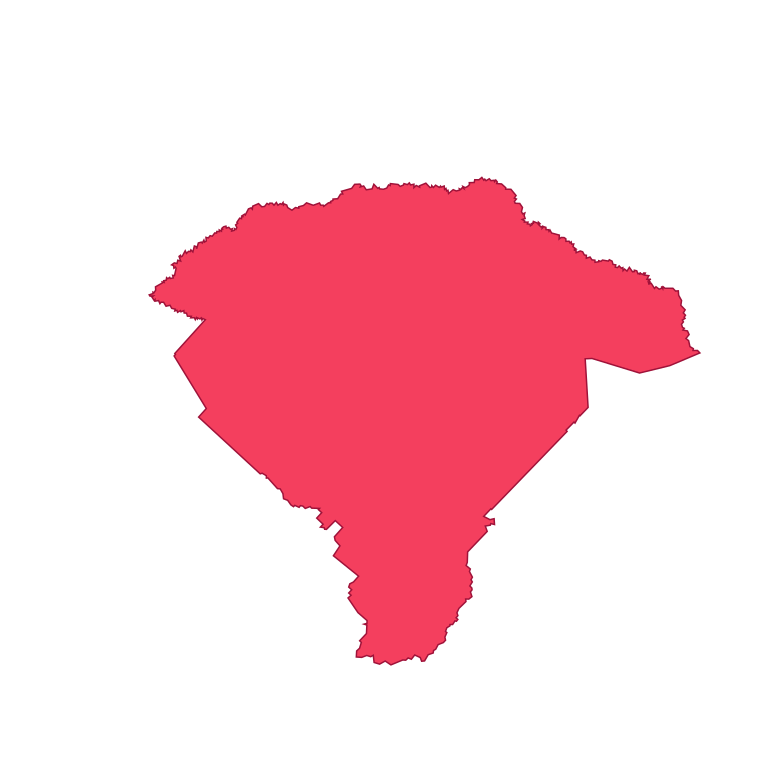 Moree Plains, New South Wales, Australia (orthographic projection), rotated 34°
{"feature_id": "25037944B16767086981220", "entity_name": "Moree Plains", "entity_type": "district", "adm_level": 2, "iso_a3": "AUS", "parent_name": "Australia", "parent_adm1": "New South Wales", "projection": "orthographic", "projection_center": [149.192, -29.321], "detail": "fine", "context": "isolated", "style": "filled", "palette": "rose", "viewbox_px": 768, "rotation_deg": 34, "n_neighbors": 0, "source": "geoboundaries", "source_scale": "gbopen_adm2", "svg_char_len": 6170}
<svg xmlns="http://www.w3.org/2000/svg" viewBox="0 0 768 768"><g transform="rotate(34 384 384)"><path d="M610.7,208.9L628.5,181.6L625.2,180.9L621.4,183.4L620.7,181.7L616.7,181.9L612.3,177.7L608.9,177.5L609.3,172.4L605.9,170.3L601.7,172.1L601.8,169.9L599.9,170.2L597.2,168.1L597.5,165.1L595.6,164.1L596.9,161.3L595.5,160.8L595.5,158.4L592.4,157.7L592.2,154.1L586.1,152.8L584.0,148.4L578.7,145.7L575.9,142.2L573.7,143.9L570.0,143.1L563.4,147.5L561.1,147.3L561.9,149.1L559.6,147.8L560.6,149.4L559.1,151.5L555.1,151.3L554.8,153.5L549.2,151.1L547.7,153.0L546.3,151.8L547.8,151.8L547.6,150.6L545.3,150.0L546.7,147.9L543.4,150.1L543.0,146.1L539.0,148.1L538.6,145.9L537.2,146.8L537.4,148.4L534.8,148.9L534.7,150.6L534.2,148.9L532.9,150.6L530.2,148.8L527.9,149.7L528.6,150.9L527.3,152.0L522.2,150.1L522.3,154.5L519.1,154.2L518.8,156.3L516.9,153.9L515.9,155.3L512.9,154.6L512.5,156.9L510.4,157.8L509.5,155.6L507.0,156.8L504.4,154.6L501.3,155.0L501.3,156.6L495.8,159.1L495.3,161.0L493.1,161.7L493.7,162.5L490.9,165.1L489.6,163.4L487.0,164.8L483.8,163.5L481.4,166.6L479.8,164.1L478.0,165.0L474.7,163.3L472.3,164.0L469.9,167.7L468.3,165.7L467.1,166.6L466.4,165.5L467.4,164.7L463.9,164.5L463.0,161.8L461.3,163.1L459.7,161.5L459.3,163.0L457.6,162.1L455.1,164.0L453.5,161.9L451.4,161.9L448.9,163.5L448.1,165.9L446.1,162.5L438.5,165.1L435.4,163.5L435.4,165.1L434.1,164.1L432.0,165.4L430.6,163.6L428.4,164.3L428.0,166.4L427.1,164.7L426.4,166.0L422.9,165.4L423.8,163.9L421.5,163.5L422.1,164.6L416.9,165.7L417.4,167.3L418.5,166.8L416.7,168.4L417.7,169.0L416.9,171.0L415.8,169.9L413.3,171.1L412.9,169.3L409.8,171.3L409.5,170.2L406.6,170.3L408.5,167.9L405.9,165.9L405.1,163.5L403.9,165.4L401.6,164.3L400.1,160.2L395.6,158.4L391.7,160.8L390.0,159.7L390.3,156.6L388.1,157.0L388.1,153.9L380.3,151.6L375.9,154.5L375.2,153.2L369.6,152.4L365.3,154.8L364.9,153.1L362.6,152.4L362.4,154.4L361.4,153.5L359.0,155.6L356.5,155.0L354.9,158.4L353.0,157.8L352.8,159.2L349.6,158.0L348.5,161.6L345.0,163.9L346.1,166.5L342.1,169.4L343.4,171.0L342.8,173.6L341.5,175.8L339.0,176.1L340.8,177.3L339.1,177.2L338.8,179.7L337.2,180.0L338.3,181.0L335.9,183.6L332.7,184.2L331.0,190.0L328.7,187.6L327.9,188.9L326.0,187.2L325.4,188.8L323.2,186.2L321.2,188.9L320.2,188.3L319.9,190.1L315.6,190.3L315.1,193.4L312.7,192.9L313.4,194.0L312.3,195.4L306.4,194.1L302.6,199.8L303.5,200.9L299.7,201.4L299.0,204.5L297.1,201.6L294.7,204.1L292.5,203.1L291.9,205.6L288.5,206.7L288.8,208.3L286.9,211.1L284.1,210.7L277.2,214.3L278.2,216.0L276.5,216.4L276.7,220.1L274.6,222.9L271.2,224.7L270.1,223.8L269.4,225.3L263.9,224.1L265.0,228.9L260.7,232.9L256.4,231.2L254.1,233.9L253.9,232.3L252.3,231.7L248.0,234.9L247.8,239.9L241.0,248.0L243.5,249.5L241.8,250.9L242.0,256.3L238.3,259.2L239.0,260.4L237.6,262.6L238.5,263.5L236.6,264.9L234.7,270.4L233.7,269.7L231.5,271.2L229.3,270.0L225.4,275.4L218.5,277.1L217.4,281.1L214.2,284.7L215.0,285.9L211.9,287.2L210.5,291.4L205.5,291.6L203.3,290.0L200.8,290.5L200.6,291.9L198.8,290.0L198.7,292.3L197.1,292.5L196.1,295.1L193.2,293.7L192.8,297.3L190.3,296.6L188.2,297.9L188.2,299.6L186.0,299.7L185.7,303.6L183.6,305.4L179.1,304.6L175.7,310.0L177.1,312.7L175.3,312.3L173.7,314.6L174.5,321.4L173.5,321.1L172.2,324.0L173.4,324.2L172.5,325.1L173.4,326.6L171.6,327.2L171.6,332.2L172.8,332.6L172.0,335.1L174.5,336.5L174.8,338.7L173.1,338.8L174.0,340.3L172.2,342.4L171.4,340.1L170.4,341.5L167.7,340.9L166.1,342.9L164.7,341.5L163.2,343.2L162.6,345.0L163.6,345.9L162.7,346.3L163.8,348.2L161.3,348.4L162.3,349.7L160.1,351.0L160.8,352.5L159.2,353.4L159.0,357.5L156.9,358.3L156.7,361.1L154.4,362.0L156.7,364.8L155.8,366.7L154.2,365.4L154.5,368.8L153.2,368.5L151.2,370.9L153.1,376.6L151.5,375.1L149.6,375.6L151.7,381.4L148.9,380.8L149.3,382.6L147.8,383.3L147.2,386.2L144.7,384.7L145.3,391.0L144.5,392.1L143.3,391.1L142.7,392.8L146.7,395.8L143.8,396.7L145.0,399.8L142.4,400.9L141.3,404.0L143.3,403.5L145.1,405.5L145.8,403.7L147.0,404.4L149.7,411.3L148.0,412.1L150.0,413.9L147.9,416.0L146.7,415.4L145.9,417.6L144.3,417.4L145.4,419.8L143.6,421.5L145.0,422.7L143.0,423.4L143.8,424.1L140.2,431.2L142.2,433.8L142.3,436.9L141.1,437.0L141.9,438.2L139.5,441.4L140.9,442.0L143.5,440.0L143.0,441.7L146.6,443.2L146.9,442.0L147.8,443.4L150.5,440.9L153.3,442.7L153.4,440.9L155.6,439.5L159.8,441.4L162.6,438.4L165.7,440.0L169.1,438.7L169.7,440.4L171.1,438.7L172.8,440.0L174.2,437.0L175.3,437.7L177.0,435.1L178.6,436.9L180.7,435.7L183.1,437.7L186.4,435.6L186.7,437.3L189.7,435.1L191.6,436.2L191.3,433.8L192.9,434.4L192.6,433.4L195.0,433.0L195.5,431.4L197.3,432.8L197.1,431.1L199.9,430.6L193.5,475.7L194.6,476.1L194.3,478.1L250.4,503.7L248.8,515.1L331.6,527.7L332.9,526.1L337.7,525.8L339.1,527.8L340.2,526.8L354.2,530.3L356.6,529.0L361.5,531.4L364.9,535.3L369.2,534.3L374.4,536.3L377.6,536.3L377.9,534.5L382.6,533.7L382.7,531.6L385.0,530.6L388.3,531.2L391.3,526.9L393.4,527.4L400.1,523.2L399.8,524.8L404.3,525.5L403.2,532.8L411.9,534.3L411.3,538.2L414.8,536.6L416.0,537.6L417.6,536.7L420.0,524.5L430.0,526.0L428.3,538.4L431.0,541.0L438.0,542.8L438.1,554.7L470.4,557.5L469.4,565.2L467.4,568.7L468.3,572.1L472.3,572.7L471.6,577.0L474.8,577.5L473.8,581.5L490.3,588.1L502.3,589.6L503.7,592.0L501.8,594.2L504.6,593.4L509.0,600.7L507.4,610.5L509.7,610.9L511.5,616.7L510.6,620.6L513.7,625.8L518.4,623.1L521.5,618.7L525.5,617.5L526.8,614.9L531.5,620.4L537.0,618.7L539.9,613.0L546.8,613.0L553.9,602.3L556.5,600.8L557.2,597.6L560.6,596.9L561.0,591.5L567.0,590.5L570.2,592.8L572.5,590.9L572.0,583.7L575.2,579.5L574.1,577.2L575.2,575.0L574.6,569.8L577.8,565.2L578.3,562.0L576.0,559.8L575.1,554.9L573.4,554.8L572.4,551.0L573.9,547.6L573.2,546.5L575.4,545.0L575.3,540.7L576.7,540.2L576.9,537.9L574.5,537.5L574.8,534.7L572.4,532.9L571.6,528.1L573.6,518.5L571.9,516.6L574.6,514.9L575.8,511.1L571.9,508.0L572.1,505.4L570.9,504.0L568.1,503.4L567.9,498.7L565.6,497.6L565.3,494.7L559.7,491.7L559.0,489.1L553.6,488.6L552.8,485.3L547.2,476.4L552.0,448.5L547.4,445.1L551.1,441.6L550.6,440.0L554.2,438.7L550.6,434.1L547.7,437.2L540.7,438.0L542.4,427.7L543.4,427.8L562.3,320.9L560.7,320.4L562.8,309.3L564.2,309.6L563.5,300.7L564.3,300.8L566.3,289.3L536.7,250.6L542.2,246.5L589.7,232.0L610.7,208.9Z" fill="#f43f5e" stroke="#9f1239" stroke-width="1.5"/></g></svg>